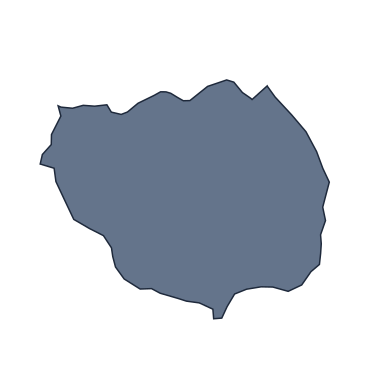 Konia, Paphos, Cyprus, rotated 159°
{"feature_id": "46923920B68856851559868", "entity_name": "Konia", "entity_type": "district", "adm_level": 2, "iso_a3": "CYP", "parent_name": "Cyprus", "parent_adm1": "Paphos", "projection": "mercator", "projection_center": [32.462, 34.78], "detail": "fine", "context": "isolated", "style": "filled", "palette": "slate", "viewbox_px": 384, "rotation_deg": 159, "n_neighbors": 0, "source": "geoboundaries", "source_scale": "gbopen_adm2", "svg_char_len": 1026}
<svg xmlns="http://www.w3.org/2000/svg" viewBox="0 0 384 384"><g transform="rotate(159 192 192)"><path d="M83.8,264.1L102.8,256.8L103.5,258.3L109.3,266.8L113.6,279.6L119.5,284.2L129.8,284.6L139.6,285.0L161.2,278.1L167.4,280.3L171.5,285.3L176.5,291.8L180.4,294.8L185.4,296.8L193.4,295.7L203.7,294.8L210.6,294.2L223.6,289.8L230.3,289.8L238.7,295.5L240.2,303.9L252.1,307.0L262.5,311.9L273.5,313.0L283.9,318.2L286.1,320.4L287.2,309.9L302.6,296.0L306.4,286.7L318.3,280.6L319.4,278.9L323.7,272.5L312.2,263.6L315.3,250.5L313.7,228.5L312.2,208.8L300.7,194.5L290.3,183.0L287.2,168.7L289.1,160.2L290.3,149.4L286.5,135.1L275.2,120.0L264.4,116.3L258.0,108.9L243.0,97.5L236.3,92.1L225.0,85.9L214.5,75.1L217.2,65.9L209.4,63.6L200.3,72.4L188.8,81.5L175.9,81.7L161.4,78.7L150.6,74.3L137.8,64.8L122.9,65.9L109.5,75.0L99.0,78.7L94.0,88.4L89.9,97.3L87.3,106.0L77.6,117.5L75.4,131.0L71.1,137.0L60.3,152.0L61.4,167.2L61.2,185.0L64.0,207.4L71.3,228.2L80.4,250.9L83.8,263.8L83.8,264.1Z" fill="#64748b" stroke="#1e293b" stroke-width="1.5"/></g></svg>